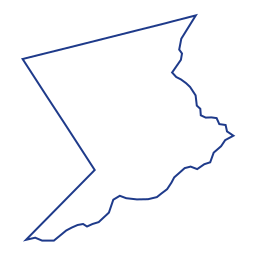 Xexéu, Pernambuco, Brazil (Robinson projection)
{"feature_id": "56859067B38372235502315", "entity_name": "Xexéu", "entity_type": "district", "adm_level": 2, "iso_a3": "BRA", "parent_name": "Brazil", "parent_adm1": "Pernambuco", "projection": "robinson", "projection_center": [-35.636, -8.841], "detail": "fine", "context": "isolated", "style": "outline", "palette": "blue", "viewbox_px": 256, "rotation_deg": 0, "n_neighbors": 0, "source": "geoboundaries", "source_scale": "gbopen_adm2", "svg_char_len": 824}
<svg xmlns="http://www.w3.org/2000/svg" viewBox="0 0 256 256"><path d="M195.8,15.4L172.8,21.3L165.7,23.2L135.7,30.7L83.3,43.9L22.6,59.0L47.2,97.0L65.1,124.3L94.7,170.0L88.5,176.3L26.0,239.8L35.2,237.7L42.1,240.6L53.9,240.6L66.2,230.5L71.9,227.5L77.6,225.0L83.1,224.0L87.0,226.5L92.5,224.0L98.7,222.1L108.9,212.6L113.3,199.7L119.8,195.8L126.2,198.2L136.8,199.4L148.1,199.2L156.9,197.1L161.4,193.5L167.1,189.2L171.4,182.7L174.2,177.4L184.7,168.1L190.6,166.6L197.2,169.1L204.3,164.2L210.2,162.3L213.7,152.6L221.1,146.2L225.2,140.1L233.4,135.7L227.0,131.4L225.6,125.0L219.3,124.1L216.6,118.1L211.4,117.4L205.7,117.6L200.8,115.3L200.3,108.8L196.8,105.6L195.6,95.4L190.1,87.0L186.1,83.2L180.9,79.4L176.2,77.0L172.1,72.5L180.9,59.8L182.0,53.5L179.2,49.6L181.3,38.7L195.8,15.4Z" fill="none" stroke="#1e3a8a" stroke-width="2"/></svg>